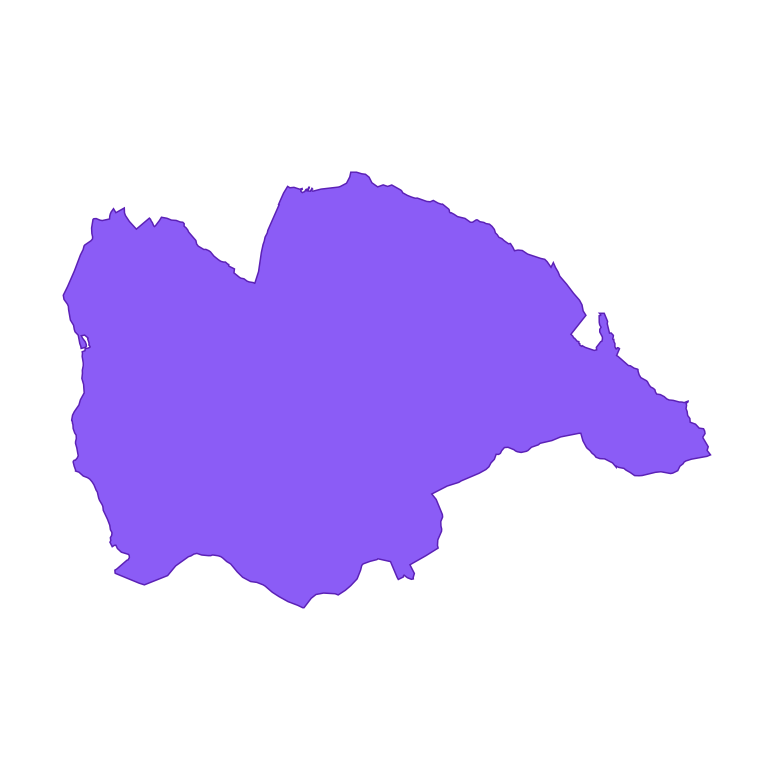 Garceni, Vaslui, Romania, rotated 174°
{"feature_id": "2599482B9024502031895", "entity_name": "Garceni", "entity_type": "district", "adm_level": 2, "iso_a3": "ROU", "parent_name": "Romania", "parent_adm1": "Vaslui", "projection": "albers", "projection_center": [27.291, 46.752], "detail": "fine", "context": "isolated", "style": "filled", "palette": "violet", "viewbox_px": 768, "rotation_deg": 174, "n_neighbors": 0, "source": "geoboundaries", "source_scale": "gbopen_adm2", "svg_char_len": 6142}
<svg xmlns="http://www.w3.org/2000/svg" viewBox="0 0 768 768"><g transform="rotate(174 384 384)"><path d="M699.9,329.7L696.6,328.2L692.7,323.9L688.7,321.9L686.6,320.2L684.6,317.3L683.0,314.1L681.3,308.3L680.4,306.6L679.7,300.4L679.1,298.1L676.9,293.3L676.4,291.5L676.4,287.7L673.1,278.3L671.5,272.2L671.3,267.6L670.3,265.3L670.1,264.3L670.7,261.8L672.2,259.8L672.1,256.9L673.1,255.3L671.3,250.6L668.9,251.8L667.5,251.7L666.3,248.2L662.8,244.2L655.8,241.2L655.3,239.8L655.4,237.9L657.0,235.8L658.1,235.6L669.3,227.8L671.1,227.0L671.2,224.0L670.5,223.5L648.3,211.5L643.3,209.3L619.2,216.1L610.2,224.9L596.5,232.7L594.0,233.2L590.9,234.7L587.8,235.1L583.2,233.0L576.9,231.7L574.3,231.4L572.3,231.9L566.9,230.5L564.4,229.4L562.7,228.0L559.0,223.9L555.3,221.1L549.6,212.5L544.8,206.6L537.3,201.5L531.2,200.0L525.2,196.9L523.3,195.4L516.9,188.6L510.7,183.6L502.2,177.6L492.9,172.9L488.2,170.0L486.9,169.9L478.8,178.5L473.6,181.8L465.9,182.4L454.5,180.5L451.6,179.0L444.0,182.9L438.2,186.9L431.1,193.0L426.7,201.4L425.1,205.9L423.5,207.3L416.3,209.1L409.4,210.1L408.3,210.8L396.1,206.7L391.2,190.5L390.2,188.1L384.9,190.1L384.7,191.1L384.0,191.8L381.0,188.9L377.2,186.9L375.2,187.1L375.2,188.5L373.6,192.4L377.1,201.5L360.2,208.9L347.3,215.2L347.7,217.8L346.8,223.3L342.2,231.5L341.8,233.7L342.2,236.8L341.9,241.3L339.6,245.6L339.6,248.1L344.2,263.8L348.0,269.6L331.9,275.9L319.8,278.4L317.3,279.6L298.7,285.3L291.6,288.3L288.3,290.7L285.9,294.3L282.1,297.6L279.8,302.4L277.4,302.0L275.5,302.9L273.9,305.4L270.9,308.2L267.3,308.1L261.7,305.1L260.1,303.6L258.5,302.7L254.8,301.6L249.4,302.2L247.8,302.8L244.0,305.7L236.8,307.4L235.0,308.7L222.9,310.2L213.9,312.9L195.3,314.6L193.4,314.4L192.1,306.7L189.5,300.3L188.7,298.9L186.1,296.2L184.5,293.6L182.1,291.2L180.8,289.0L177.1,287.2L172.4,286.5L165.0,281.7L161.7,276.9L161.5,277.9L159.5,276.6L154.2,275.0L152.5,273.2L148.3,270.2L144.3,266.7L139.8,266.1L136.8,266.0L123.3,267.8L117.8,267.8L108.3,265.0L106.1,265.2L100.9,267.1L98.3,271.3L94.8,273.5L93.8,274.9L91.9,275.9L86.2,277.1L70.3,278.3L66.7,279.4L69.6,284.2L68.1,287.7L72.4,297.1L72.3,298.1L69.9,301.1L70.0,303.7L70.9,306.1L75.2,307.2L78.4,311.5L83.5,314.0L83.4,317.7L85.3,321.0L85.4,325.0L86.2,327.9L85.3,331.3L85.6,333.0L83.5,334.5L83.4,335.2L87.4,334.1L89.6,334.9L92.1,335.2L98.1,337.5L102.1,338.3L104.3,339.6L106.7,342.2L110.3,344.6L113.9,345.5L114.9,347.8L115.2,350.0L116.6,351.5L119.1,353.2L120.5,355.5L121.7,358.6L122.5,359.7L127.9,363.5L129.3,366.5L130.0,370.2L129.9,371.8L130.2,372.2L133.6,373.6L137.1,376.4L139.0,376.8L148.4,387.0L149.7,388.0L146.1,394.5L147.0,395.4L148.1,395.7L148.9,394.6L149.7,394.8L150.5,397.0L150.1,400.0L150.9,402.2L150.8,404.3L151.7,404.4L151.8,405.3L151.1,406.8L150.8,408.4L152.8,411.0L154.4,411.0L155.7,420.6L155.1,422.9L157.6,431.3L162.3,431.8L161.3,430.4L161.4,429.6L162.9,429.4L163.5,422.8L163.3,420.3L162.2,417.8L163.7,415.8L164.0,413.2L161.9,407.9L162.1,405.8L162.9,403.7L164.0,403.5L169.0,398.2L168.9,395.8L171.4,395.4L180.1,399.4L182.9,401.4L183.4,400.8L185.1,402.0L185.1,403.6L185.9,403.8L185.8,405.8L187.3,406.2L189.7,409.6L190.6,410.1L191.2,411.8L192.9,413.9L176.0,431.2L178.3,435.8L178.8,442.0L180.8,446.9L186.1,454.5L191.9,464.1L197.9,472.8L199.1,477.1L201.3,482.0L202.9,487.0L205.7,482.6L209.0,488.6L211.1,491.2L215.0,492.5L227.6,498.2L232.5,502.3L236.7,503.2L240.3,502.9L241.6,506.5L243.6,510.5L245.6,510.5L249.6,514.0L251.5,516.2L254.4,517.9L255.8,520.7L257.4,522.6L258.1,526.2L260.1,529.5L262.4,531.9L265.9,532.9L267.7,534.2L271.7,535.4L273.9,537.4L275.1,537.6L279.1,535.6L281.1,535.8L286.1,540.2L293.4,542.8L296.5,545.4L299.3,547.3L300.1,547.2L300.9,548.3L300.9,550.1L301.4,551.2L307.0,556.8L308.2,556.8L311.4,558.3L315.8,561.4L319.0,560.4L322.4,561.1L331.4,565.4L333.6,565.5L337.0,567.0L341.0,569.1L345.4,572.2L346.1,574.0L347.0,575.1L355.5,581.1L359.7,580.1L364.0,582.1L369.7,580.7L375.0,585.4L377.2,591.2L380.5,594.5L384.2,595.4L389.2,597.5L394.9,598.1L396.4,593.5L400.3,587.6L406.8,585.0L408.7,584.6L426.2,584.4L434.5,583.2L435.2,583.4L435.6,584.3L435.3,585.1L434.7,585.4L435.2,586.1L437.1,583.4L439.6,584.0L437.9,586.8L437.7,587.5L438.2,587.6L440.0,584.4L440.8,584.4L440.1,585.5L440.4,585.8L441.3,585.6L442.9,583.6L445.3,582.9L446.6,584.4L446.6,585.1L444.9,586.2L445.0,587.0L447.4,586.5L453.0,589.0L457.1,589.0L459.2,590.6L463.9,584.4L467.2,578.7L470.1,573.5L469.6,573.2L483.5,548.9L484.3,546.4L486.9,542.5L488.2,538.5L489.7,535.3L492.2,527.7L497.0,508.9L501.9,497.8L502.2,497.7L503.3,498.5L507.4,499.6L509.4,500.6L512.3,503.3L515.3,504.2L516.4,505.0L521.6,510.2L520.7,514.1L525.6,517.2L526.1,517.8L525.9,519.1L526.8,519.5L528.9,521.8L531.0,522.1L533.5,523.1L535.8,525.0L539.8,529.0L542.8,533.6L544.3,534.9L547.1,536.5L549.1,536.6L554.3,540.5L555.7,542.8L556.1,546.4L562.4,555.5L563.1,557.7L564.5,560.0L566.3,561.8L566.0,564.4L567.2,565.9L569.6,566.4L573.6,568.4L578.2,569.2L582.5,571.5L587.9,573.1L590.2,570.1L594.8,565.2L595.9,564.6L596.6,565.6L597.5,568.7L598.5,570.5L599.0,572.2L600.0,573.5L614.1,563.9L620.2,572.2L623.5,578.5L624.2,581.3L623.9,586.2L632.7,582.4L634.7,586.6L637.3,583.7L638.4,581.8L639.2,579.6L639.7,576.8L647.1,576.0L649.2,576.6L652.9,578.6L655.3,578.7L656.2,578.1L658.5,569.7L658.8,564.2L658.4,560.8L658.8,558.6L660.6,557.0L667.1,553.5L667.9,552.6L669.2,549.1L672.4,544.1L680.1,528.8L688.5,514.0L693.7,505.8L693.4,501.6L690.5,496.5L689.8,494.3L689.9,490.9L689.2,480.4L686.6,474.9L686.3,470.5L685.8,468.2L683.0,464.5L682.3,455.9L681.6,453.2L681.5,451.0L677.0,451.7L676.0,452.8L676.0,454.6L676.7,457.2L679.1,461.2L680.0,463.7L676.6,463.9L673.7,460.9L673.5,460.5L674.0,459.9L673.2,456.3L673.1,455.2L673.4,453.7L672.4,452.0L672.7,451.2L675.0,450.5L677.2,450.6L677.6,450.0L677.9,448.4L680.8,447.6L680.7,446.0L681.3,443.0L680.9,436.3L681.2,433.6L682.6,429.2L682.8,426.1L683.9,421.1L682.8,415.0L683.1,406.5L687.6,400.0L689.6,395.0L694.8,389.0L697.0,385.6L698.4,380.7L698.4,380.1L697.9,379.8L697.9,377.3L697.6,376.2L697.8,372.2L696.7,367.6L695.5,365.3L695.7,361.9L696.8,358.8L697.0,357.2L696.2,352.6L695.6,344.5L696.9,342.4L698.9,340.5L700.0,340.6L701.1,339.6L701.3,338.9L700.7,334.6L699.7,330.6L699.9,329.7Z" fill="#8b5cf6" stroke="#5b21b6" stroke-width="1.5"/></g></svg>